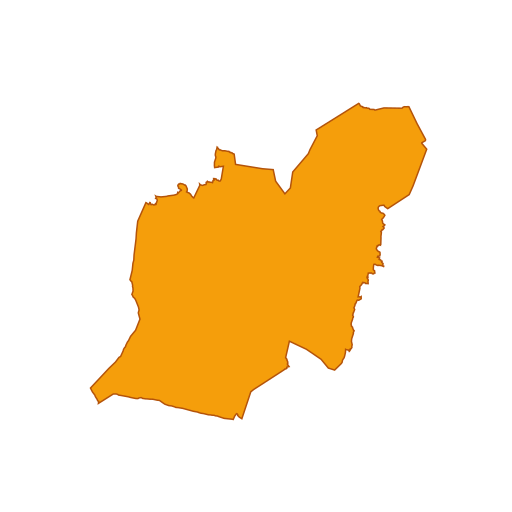 outline of Gran nor, Oppland, Norway, rotated 291°
{"feature_id": "86288312B61542642146209", "entity_name": "Gran nor", "entity_type": "district", "adm_level": 2, "iso_a3": "NOR", "parent_name": "Norway", "parent_adm1": "Oppland", "projection": "mercator", "projection_center": [10.546, 60.438], "detail": "fine", "context": "isolated", "style": "filled", "palette": "amber", "viewbox_px": 512, "rotation_deg": 291, "n_neighbors": 0, "source": "geoboundaries", "source_scale": "gbopen_adm2", "svg_char_len": 6100}
<svg xmlns="http://www.w3.org/2000/svg" viewBox="0 0 512 512"><g transform="rotate(291 256 256)"><path d="M343.6,180.7L341.3,181.1L340.0,180.9L336.5,181.5L335.1,182.1L334.0,183.1L332.6,183.4L328.7,183.6L325.4,184.8L323.7,185.7L325.5,188.9L325.8,188.8L326.6,189.1L326.3,190.2L328.1,193.4L315.3,196.0L313.2,195.7L312.8,194.9L312.8,194.3L313.0,193.8L313.2,193.7L312.8,192.6L312.9,192.4L313.0,192.1L313.6,191.3L313.4,190.9L313.5,190.8L313.4,190.4L313.5,190.1L313.1,189.5L313.3,189.2L313.1,188.7L312.8,188.9L312.5,189.7L312.1,189.8L311.8,189.7L311.5,189.0L311.1,188.8L310.5,189.0L308.9,189.1L308.8,187.7L308.3,186.6L308.4,185.5L308.0,185.1L308.0,184.4L308.3,183.8L306.9,183.5L306.9,183.2L306.6,183.2L306.6,183.6L304.8,183.7L303.9,182.0L303.4,181.7L302.6,180.5L302.6,178.5L303.0,177.6L301.9,178.2L287.9,177.1L288.0,176.3L288.5,175.4L288.8,174.5L289.5,173.7L290.4,172.4L290.5,171.5L290.9,171.0L290.8,169.6L291.0,168.2L291.9,168.4L293.9,167.9L296.4,165.5L296.9,164.6L296.6,164.2L296.7,163.9L297.0,162.2L296.9,161.0L296.7,160.7L296.7,159.8L296.4,159.5L296.5,159.1L295.5,158.6L295.4,158.0L294.0,157.7L293.4,158.0L292.8,158.5L292.6,159.0L291.6,159.4L291.4,159.8L291.4,160.7L290.9,162.7L290.5,162.8L289.5,161.8L286.7,160.7L287.0,160.2L285.9,160.4L284.9,159.6L283.4,157.6L280.6,152.4L279.6,151.1L277.1,146.1L275.9,141.5L276.0,141.0L275.1,141.8L273.8,141.7L273.9,142.1L273.6,143.2L272.6,143.9L269.9,144.0L269.0,143.5L268.9,144.1L268.3,144.2L267.0,142.3L267.1,140.5L266.3,139.7L266.9,138.7L267.3,138.7L267.9,138.1L267.9,137.7L265.6,137.4L266.3,134.9L266.4,134.1L246.1,133.1L234.9,136.0L228.9,137.9L213.2,141.8L208.4,143.4L205.2,143.7L198.2,145.6L188.7,146.8L187.7,148.4L187.4,149.3L184.5,151.3L183.2,151.7L182.2,152.5L179.2,153.8L175.6,153.9L174.9,154.9L173.7,156.0L173.0,157.9L171.7,159.5L166.3,164.5L163.7,166.2L161.1,166.4L160.4,166.7L155.5,170.3L143.5,170.2L136.1,167.7L131.3,167.3L129.6,166.8L125.9,166.5L124.6,166.7L123.7,166.4L123.6,166.2L121.4,165.8L119.9,166.0L113.7,165.6L112.2,164.4L106.6,162.8L98.3,158.9L73.4,148.8L70.5,152.0L68.3,155.5L67.2,156.4L65.2,159.1L64.4,159.8L63.9,160.6L63.9,161.2L61.9,161.7L76.0,172.2L77.0,174.7L77.2,175.5L77.1,176.9L76.9,177.6L77.4,179.8L78.8,187.3L79.0,189.6L79.9,195.0L80.6,196.9L81.6,197.7L82.6,199.4L82.7,199.7L82.4,201.1L83.1,204.2L83.7,205.9L83.7,206.0L84.3,208.2L85.3,211.0L86.0,215.5L86.5,217.3L86.5,218.0L85.7,221.0L85.0,224.0L85.1,228.3L85.8,230.8L86.0,234.2L85.9,235.4L86.6,237.8L87.5,242.2L88.6,253.3L89.3,256.9L89.4,258.1L89.3,258.5L89.5,261.0L90.1,263.6L90.7,268.5L91.3,270.3L91.6,271.9L92.3,274.1L92.2,275.2L92.8,277.5L92.7,278.3L93.0,284.5L95.1,292.3L95.2,293.3L99.0,293.5L101.5,294.2L101.9,294.4L101.9,294.7L101.5,295.7L100.6,296.0L99.6,298.1L99.0,301.1L127.3,299.8L130.6,301.7L158.6,322.1L160.3,323.3L160.8,323.4L161.2,324.3L162.4,325.0L162.8,324.6L163.4,324.7L164.6,326.5L165.5,325.2L165.7,324.3L166.8,324.3L167.2,323.8L167.6,324.0L168.9,323.3L169.4,322.5L169.9,322.4L170.1,322.0L170.7,321.8L170.9,321.2L171.3,321.0L171.6,320.1L188.4,317.7L187.0,336.5L182.9,353.8L177.3,363.7L177.7,370.3L186.0,374.1L187.4,374.5L189.9,374.1L192.5,374.7L194.4,374.6L197.9,374.1L201.0,373.1L200.9,374.0L201.1,374.5L201.1,375.1L201.4,376.4L201.4,376.8L200.8,376.8L200.4,377.2L200.8,377.4L201.8,377.2L201.8,377.6L202.6,377.7L203.2,377.4L203.3,377.8L203.7,378.1L205.0,378.3L206.0,377.8L207.6,377.6L210.5,375.7L213.0,375.0L218.6,374.7L219.2,374.3L221.4,374.4L221.5,374.3L221.4,373.9L222.0,373.4L223.3,372.1L224.1,371.7L224.8,370.1L225.6,369.9L226.2,369.3L227.8,368.9L231.8,368.8L233.0,368.5L233.7,368.8L234.6,368.5L235.1,367.6L235.4,367.4L236.1,367.5L237.5,367.1L237.8,367.3L241.4,367.3L242.7,366.0L245.1,366.1L246.7,365.7L247.1,366.1L250.8,366.2L251.3,366.7L251.5,367.8L252.8,368.8L253.4,369.4L253.9,369.5L255.8,368.7L255.1,368.2L254.8,366.5L254.5,366.0L263.1,364.6L264.6,363.8L267.3,364.9L268.8,364.9L269.4,365.9L269.7,365.6L270.0,366.8L269.9,368.4L269.7,368.4L270.4,370.6L272.8,369.5L273.4,369.6L274.0,369.3L275.5,367.4L276.6,367.2L276.5,368.0L277.7,367.4L280.3,367.0L280.5,367.7L281.0,368.3L281.0,369.0L281.4,369.5L281.5,370.3L281.1,370.9L281.2,371.6L281.5,372.2L281.9,372.2L282.5,372.7L282.7,373.1L284.8,371.9L284.8,371.3L285.3,370.4L287.9,369.5L290.4,369.0L290.7,369.4L291.0,370.4L290.7,371.4L290.8,373.3L291.2,373.5L291.9,376.3L292.0,377.5L291.9,378.9L292.3,378.9L292.4,378.0L292.6,377.7L293.1,377.4L294.0,377.5L294.5,377.3L295.1,375.7L296.3,375.6L296.3,375.4L296.1,374.9L297.0,373.8L296.9,372.2L298.5,372.1L298.6,370.7L298.3,369.8L299.4,369.7L300.0,370.9L300.6,371.6L301.2,371.3L301.7,371.4L303.9,370.4L304.1,369.6L304.0,369.2L304.2,368.8L304.4,367.6L305.8,365.7L308.0,365.5L308.3,365.9L308.8,365.5L309.7,366.6L310.1,366.4L310.7,367.6L310.7,368.2L311.3,367.9L311.6,368.3L317.7,366.2L319.1,365.6L322.8,364.7L323.7,363.7L324.6,364.3L325.6,364.3L325.6,364.5L325.9,364.9L328.0,365.6L328.6,365.0L329.0,364.0L330.7,365.1L331.3,365.1L331.6,363.6L332.0,362.6L334.1,361.4L335.2,360.2L337.4,361.2L340.2,361.7L340.8,360.9L341.4,359.3L341.4,359.0L341.1,357.9L341.2,357.1L341.4,356.2L342.1,355.8L342.4,354.5L343.2,353.6L344.5,352.8L345.3,352.7L345.9,352.8L347.3,353.5L349.2,357.0L349.2,357.6L348.4,358.2L347.4,362.0L368.2,377.0L377.7,377.5L416.9,377.1L420.6,370.4L421.1,370.2L424.4,372.8L425.6,372.5L437.3,358.9L450.1,345.3L449.9,344.9L450.0,344.4L449.5,343.7L448.5,340.9L447.5,339.9L446.5,339.5L446.2,339.1L440.1,322.4L434.9,314.9L434.8,314.5L435.1,313.7L434.8,312.8L434.6,312.5L434.6,312.1L434.4,311.7L433.7,309.6L434.3,308.9L434.3,308.2L433.8,306.7L434.1,306.1L433.4,304.8L433.4,304.0L433.0,303.1L433.0,302.7L433.1,302.3L433.6,302.2L433.6,301.9L433.5,300.7L433.5,299.7L435.1,297.9L435.3,297.2L395.2,267.0L390.2,270.1L374.7,268.3L370.3,268.2L347.6,260.2L331.8,263.7L324.4,260.7L332.9,247.5L342.8,241.1L339.8,230.8L334.2,204.1L343.3,199.1L343.4,198.3L343.2,197.8L343.7,197.0L343.5,196.0L343.7,195.4L343.4,195.1L343.4,194.5L343.7,194.2L343.6,193.8L344.0,193.2L343.6,192.3L343.1,189.3L342.2,186.9L342.2,184.8L342.3,184.4L342.0,184.1L342.0,183.5L342.3,183.0L342.7,182.7L343.2,181.3L343.6,181.1L343.5,180.9L343.6,180.7Z" fill="#f59e0b" stroke="#b45309" stroke-width="1.5"/></g></svg>